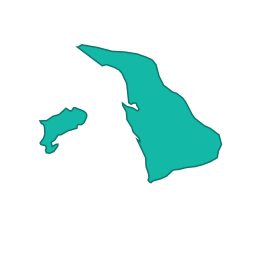 Kwail, Hwanghae-namdo, North Korea (Albers equal-area conic projection), rotated 307°
{"feature_id": "82179303B47267328602468", "entity_name": "Kwail", "entity_type": "district", "adm_level": 2, "iso_a3": "PRK", "parent_name": "North Korea", "parent_adm1": "Hwanghae-namdo", "projection": "albers", "projection_center": [124.924, 38.427], "detail": "fine", "context": "isolated", "style": "filled", "palette": "teal", "viewbox_px": 256, "rotation_deg": 307, "n_neighbors": 0, "source": "geoboundaries", "source_scale": "gbopen_adm2", "svg_char_len": 1466}
<svg xmlns="http://www.w3.org/2000/svg" viewBox="0 0 256 256"><g transform="rotate(307 128 128)"><path d="M177.2,199.8L177.2,194.0L175.8,187.9L175.8,183.2L175.9,175.5L177.4,170.9L178.9,167.8L183.3,158.6L184.8,153.9L184.9,146.2L183.5,141.6L183.5,130.8L188.0,121.6L194.1,113.9L195.4,112.3L196.9,106.2L195.5,100.0L192.6,90.7L186.8,79.9L179.6,69.1L173.9,55.2L166.6,41.0L162.7,39.5L162.2,38.9L162.2,70.0L165.6,72.5L168.2,80.5L169.0,85.9L168.2,90.2L162.7,100.4L162.2,100.8L148.6,113.5L148.8,116.2L151.3,117.4L152.8,119.6L151.2,121.6L151.0,123.0L149.4,125.6L147.3,125.3L146.9,119.8L144.5,114.2L144.5,108.7L142.8,110.4L139.9,117.0L139.6,117.3L134.1,122.1L130.8,130.7L128.0,134.4L126.5,143.3L124.4,145.7L124.3,142.2L115.0,159.9L108.3,165.5L104.5,170.9L103.4,172.5L101.2,174.5L98.4,175.4L97.9,177.9L98.1,179.2L101.2,180.0L107.0,184.6L112.8,187.7L121.6,189.3L126.0,193.9L131.8,198.6L137.6,204.8L143.4,209.4L150.7,214.0L158.0,217.1L163.9,214.1L171.2,212.5L177.2,204.8L177.2,199.8ZM106.7,71.2L106.4,66.6L97.4,64.9L92.1,61.0L84.9,58.6L80.7,53.4L79.5,56.0L80.0,58.1L79.0,60.2L78.6,60.6L73.5,65.1L69.2,66.7L63.2,66.8L62.4,68.5L64.4,72.8L62.6,75.0L60.6,75.5L59.1,77.7L60.7,80.6L64.5,82.9L71.3,82.8L72.9,81.8L71.6,80.3L67.6,78.6L70.3,75.3L74.3,76.7L80.3,76.4L82.4,78.6L89.6,81.7L97.1,87.3L99.4,85.9L100.8,86.2L102.5,88.6L105.7,89.7L111.9,88.3L113.7,87.1L114.8,84.8L114.6,81.6L112.3,73.4L111.4,72.4L107.8,72.6L106.7,71.2Z" fill="#14b8a6" stroke="#0f766e" stroke-width="1.5"/></g></svg>